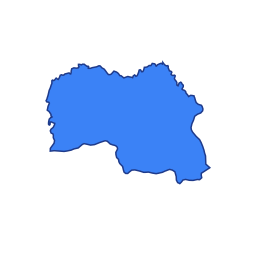 St. John River City, Grand Bassa, Liberia (orthographic projection), rotated 46°
{"feature_id": "62588387B7916938294123", "entity_name": "St. John River City", "entity_type": "district", "adm_level": 2, "iso_a3": "LBR", "parent_name": "Liberia", "parent_adm1": "Grand Bassa", "projection": "orthographic", "projection_center": [-10.036, 6.04], "detail": "fine", "context": "isolated", "style": "filled", "palette": "blue", "viewbox_px": 256, "rotation_deg": 46, "n_neighbors": 0, "source": "geoboundaries", "source_scale": "gbopen_adm2", "svg_char_len": 3643}
<svg xmlns="http://www.w3.org/2000/svg" viewBox="0 0 256 256"><g transform="rotate(46 128 128)"><path d="M90.6,200.0L93.1,196.8L97.0,193.3L100.4,190.3L102.2,187.8L104.4,184.3L105.5,181.4L107.8,177.6L107.9,175.3L108.1,172.3L108.7,170.5L111.3,168.7L114.3,166.8L116.7,163.6L118.9,158.2L120.1,155.7L121.3,153.3L123.1,152.1L127.3,151.9L127.7,151.6L129.4,150.8L131.3,149.6L132.6,149.1L134.4,149.1L135.8,150.0L137.1,153.7L138.5,154.9L138.8,155.2L141.4,156.7L143.9,156.6L146.0,158.0L147.8,158.6L151.9,158.6L155.1,160.5L157.1,161.5L159.1,161.2L160.0,160.3L160.5,159.8L160.6,157.1L160.9,154.6L162.9,152.2L166.9,149.6L170.8,147.5L172.1,146.1L173.9,143.9L177.3,141.8L180.4,139.5L181.1,138.4L181.5,137.8L183.8,134.0L184.7,131.3L185.3,130.0L185.8,128.7L186.7,126.8L189.2,125.3L192.1,124.7L196.4,127.0L199.1,129.4L201.8,130.2L203.9,129.3L204.0,129.3L204.0,127.2L203.6,124.6L205.0,122.3L208.2,120.2L210.9,117.6L213.2,113.9L214.9,112.4L215.0,110.6L215.0,109.5L212.8,108.1L211.5,106.7L212.0,104.1L213.0,98.9L213.4,97.0L213.4,96.7L211.3,96.9L208.0,97.1L204.9,94.3L201.9,91.6L199.2,90.3L197.4,89.2L196.6,88.7L196.3,88.6L193.0,87.0L189.2,85.5L186.1,84.6L181.4,84.8L175.9,84.4L173.4,83.7L171.5,82.4L169.3,79.0L167.9,75.5L165.9,71.9L166.0,71.0L166.4,68.4L167.7,65.2L167.5,62.6L167.5,62.4L166.4,60.9L164.4,59.9L164.2,59.8L162.7,59.4L160.0,60.9L159.9,61.0L157.2,61.3L155.3,60.5L155.1,60.4L152.7,59.1L150.9,58.4L150.7,58.2L149.0,59.4L148.0,60.3L147.5,62.5L146.0,62.2L145.8,62.2L145.1,62.1L143.2,62.0L141.8,61.2L140.2,61.2L138.9,61.9L137.7,62.2L137.3,61.7L136.7,59.6L135.6,58.5L134.2,58.6L132.5,58.1L131.7,58.2L131.2,60.0L132.4,62.7L132.1,62.8L131.1,63.0L129.8,61.9L129.1,61.2L127.4,60.8L125.9,60.7L124.8,60.4L124.3,59.7L123.5,58.1L123.0,57.7L122.1,58.0L121.5,59.2L120.1,59.8L119.4,59.8L118.9,59.0L118.3,57.7L117.4,57.6L116.6,57.9L115.7,58.5L113.7,57.7L112.6,57.3L111.7,56.3L110.8,56.0L109.9,57.3L108.2,57.7L106.3,57.6L105.1,57.4L105.3,57.6L105.8,58.9L104.5,59.1L103.8,60.6L103.0,62.8L103.2,64.5L102.8,64.8L101.6,64.3L100.4,64.2L100.0,64.5L98.4,65.7L99.0,68.2L97.7,69.4L97.6,70.6L97.3,72.0L96.6,73.0L96.3,73.4L95.7,74.1L97.1,76.3L97.7,78.1L97.3,78.8L97.2,79.0L96.5,79.0L95.1,78.6L94.5,78.8L94.1,79.8L95.1,81.3L96.4,84.1L96.7,85.2L96.3,86.4L94.9,86.3L94.4,86.4L94.2,88.1L95.0,89.7L94.1,90.1L92.2,91.5L91.0,92.2L90.8,92.4L89.9,94.3L89.1,96.2L85.5,96.7L84.6,97.5L82.4,97.1L81.3,97.1L79.7,97.4L79.4,97.6L78.5,98.0L77.9,98.3L77.3,98.6L77.4,99.9L77.6,102.5L77.1,103.9L75.9,105.0L73.5,104.8L72.3,104.6L69.2,104.2L66.5,105.0L65.3,104.9L64.1,104.9L63.1,105.6L62.4,107.4L62.3,107.9L59.7,111.9L59.1,113.4L57.5,115.1L57.1,115.0L56.7,113.8L55.9,113.7L55.0,114.7L54.4,114.8L52.6,115.1L51.7,115.2L50.5,116.4L50.2,117.7L48.7,118.5L47.8,119.4L49.1,120.6L49.9,120.7L50.2,121.8L49.4,123.3L47.1,125.2L46.3,127.4L47.5,129.2L48.6,130.4L49.3,131.7L48.7,132.1L47.5,132.1L47.1,132.7L46.0,134.7L45.3,135.8L45.3,137.5L44.3,138.5L43.5,138.9L43.0,140.1L43.5,141.1L44.0,142.2L44.4,143.5L44.6,144.5L44.0,144.8L42.7,144.8L42.2,145.0L42.5,147.6L42.2,148.6L41.2,148.9L41.0,149.7L42.0,150.8L43.1,151.8L43.7,153.3L45.2,156.1L45.7,157.3L46.1,158.4L49.0,162.9L50.0,164.8L50.8,166.1L51.5,168.0L52.8,168.3L54.4,167.1L55.5,167.3L56.9,170.5L58.0,172.1L58.2,172.3L59.0,173.7L59.9,173.6L61.1,173.3L62.8,173.6L64.8,174.0L65.6,174.8L67.0,175.0L67.3,175.0L67.2,175.8L66.7,176.3L66.9,177.1L66.9,178.5L68.5,180.9L70.0,182.5L71.2,182.6L71.4,181.9L71.0,181.2L70.5,180.8L69.7,179.8L70.3,179.0L72.7,178.0L73.5,177.7L73.8,177.5L74.6,178.6L75.6,181.4L75.4,184.3L76.1,185.9L78.2,186.8L80.0,186.1L81.2,186.6L83.1,188.5L86.0,189.5L87.6,191.8L88.7,198.0L90.6,200.0Z" fill="#3b82f6" stroke="#1e3a8a" stroke-width="1.5"/></g></svg>